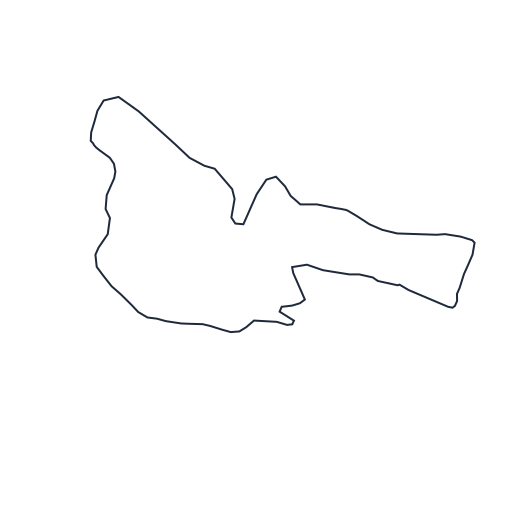 outline of Kafr Al-Shaykh, Kafr ash Shaykh, Egypt, rotated 293°
{"feature_id": "37247803B88656028982840", "entity_name": "Kafr Al-Shaykh", "entity_type": "district", "adm_level": 2, "iso_a3": "EGY", "parent_name": "Egypt", "parent_adm1": "Kafr ash Shaykh", "projection": "equal_earth", "projection_center": [30.946, 31.12], "detail": "fine", "context": "isolated", "style": "outline", "palette": "slate", "viewbox_px": 512, "rotation_deg": 293, "n_neighbors": 0, "source": "geoboundaries", "source_scale": "gbopen_adm2", "svg_char_len": 1619}
<svg xmlns="http://www.w3.org/2000/svg" viewBox="0 0 512 512"><g transform="rotate(293 256 256)"><path d="M343.3,91.5L344.4,86.6L348.7,67.3L339.6,55.0L327.7,53.3L317.2,54.7L305.3,56.0L298.8,58.4L297.4,58.9L296.1,62.0L294.8,63.5L293.4,66.5L292.1,71.0L292.0,71.4L291.9,71.9L290.7,77.1L289.3,83.1L285.4,89.2L278.7,93.6L272.1,95.1L253.7,94.8L240.5,99.2L236.0,104.3L233.9,106.7L218.1,111.0L202.3,107.8L197.0,107.7L194.4,107.7L183.8,113.6L178.5,122.6L171.8,134.7L167.8,146.8L162.4,160.4L158.4,169.5L158.0,172.5L157.0,180.1L159.6,189.3L160.8,198.4L164.7,213.6L167.2,220.2L170.2,227.9L172.4,233.5L173.7,241.1L174.9,253.3L176.1,262.5L179.3,268.7L180.0,270.1L186.6,274.8L195.8,279.4L203.5,300.8L204.7,311.5L207.3,316.1L210.0,316.1L211.3,316.2L214.0,299.5L216.7,299.5L219.3,299.5L220.9,302.4L224.5,308.7L229.7,314.9L235.0,318.0L245.5,306.9L254.8,297.0L259.2,294.0L259.6,293.8L259.9,293.6L267.9,306.3L269.1,323.1L271.7,333.7L275.5,349.0L279.4,358.2L281.9,371.9L280.6,377.9L284.4,397.8L285.7,399.3L284.3,409.9L284.3,419.1L284.3,425.1L284.3,434.3L284.3,443.4L284.3,451.0L284.3,452.7L285.2,457.1L287.8,458.6L293.1,458.7L299.7,455.8L306.3,455.9L318.5,454.7L320.8,454.5L330.0,454.7L341.8,454.8L353.7,452.0L355.0,448.7L353.8,436.8L350.0,421.5L346.1,413.9L331.9,377.1L329.4,361.9L329.5,348.2L332.2,333.1L333.6,322.4L333.6,320.9L332.3,314.8L331.1,310.2L327.3,291.9L320.8,276.6L322.4,272.0L324.8,264.5L331.5,255.5L336.8,243.4L330.3,235.7L313.2,232.5L301.4,232.3L280.3,232.0L277.8,224.3L281.8,218.3L300.2,214.0L308.2,208.0L320.2,183.9L318.9,173.2L320.4,156.5L327.1,138.4L343.3,91.5Z" fill="none" stroke="#1e293b" stroke-width="2"/></g></svg>